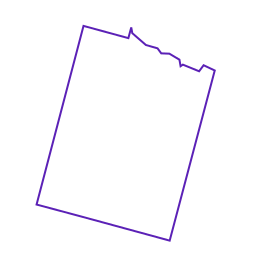 outline of Franklin, Illinois, United States of America, rotated 105°
{"feature_id": "52423323B64062958317973", "entity_name": "Franklin", "entity_type": "district", "adm_level": 2, "iso_a3": "USA", "parent_name": "United States of America", "parent_adm1": "Illinois", "projection": "albers", "projection_center": [-89.026, 37.994], "detail": "fine", "context": "isolated", "style": "outline", "palette": "violet", "viewbox_px": 256, "rotation_deg": 105, "n_neighbors": 0, "source": "geoboundaries", "source_scale": "gbopen_adm2", "svg_char_len": 373}
<svg xmlns="http://www.w3.org/2000/svg" viewBox="0 0 256 256"><g transform="rotate(105 128 128)"><path d="M225.6,173.6L225.6,150.3L226.0,58.6L50.0,59.1L47.8,71.2L54.8,74.0L52.6,91.4L54.7,93.2L48.7,96.0L45.5,107.3L47.3,115.2L43.4,120.1L43.2,132.2L35.3,148.4L30.0,150.9L41.1,150.9L40.9,197.4L225.6,196.5L225.6,173.6Z" fill="none" stroke="#5b21b6" stroke-width="2"/></g></svg>